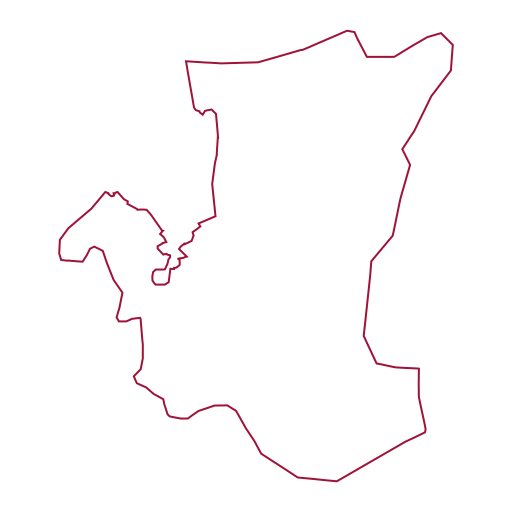 Sanhan wa Bani Bahlul, Sana'a, Yemen
{"feature_id": "15242507B89205574884990", "entity_name": "Sanhan wa Bani Bahlul", "entity_type": "district", "adm_level": 2, "iso_a3": "YEM", "parent_name": "Yemen", "parent_adm1": "Sana'a", "projection": "mercator", "projection_center": [44.289, 15.226], "detail": "fine", "context": "isolated", "style": "outline", "palette": "rose", "viewbox_px": 512, "rotation_deg": 0, "n_neighbors": 0, "source": "geoboundaries", "source_scale": "gbopen_adm2", "svg_char_len": 4392}
<svg xmlns="http://www.w3.org/2000/svg" viewBox="0 0 512 512"><path d="M424.6,109.9L431.4,96.0L434.6,91.9L439.3,85.7L450.9,70.5L451.0,69.0L452.0,55.4L452.8,44.9L441.2,33.3L441.0,33.1L440.1,33.4L427.4,37.1L419.3,41.8L413.7,45.0L402.2,52.0L394.7,56.6L394.2,56.8L393.9,56.8L389.7,56.9L385.1,56.9L382.4,56.9L373.8,56.9L366.9,56.9L361.1,45.8L360.3,44.3L357.8,39.4L357.7,39.5L355.9,35.4L354.8,32.8L354.5,32.1L347.1,30.7L335.8,35.6L324.9,40.3L316.0,44.1L310.2,46.7L306.1,48.4L302.8,49.8L300.5,50.1L276.7,57.0L258.1,62.3L220.7,63.4L220.0,63.3L210.3,62.7L205.4,62.5L189.7,61.5L186.0,61.3L188.6,76.5L190.0,84.6L192.7,99.9L194.0,107.4L194.9,109.0L196.0,110.2L198.9,111.1L199.5,111.3L199.7,112.4L202.7,114.7L205.0,110.9L206.9,110.4L207.6,110.2L211.6,109.5L214.1,112.0L216.0,113.9L217.0,125.1L218.0,136.8L218.1,137.5L217.8,137.5L217.3,145.4L217.1,148.0L216.7,154.9L216.8,154.9L214.9,163.4L212.2,184.0L215.5,216.3L213.5,217.1L202.3,221.9L198.6,223.4L200.3,226.5L197.4,228.7L194.7,230.7L194.5,230.8L192.9,231.9L192.6,232.2L193.3,234.6L193.4,235.1L193.6,235.7L193.5,235.8L193.2,236.6L193.0,237.2L192.9,237.5L192.4,238.7L192.3,239.1L192.2,239.4L191.6,240.9L190.8,241.3L188.1,242.6L184.4,244.3L184.2,243.8L182.1,245.4L181.5,245.9L181.3,246.1L180.5,246.9L180.2,247.3L179.7,248.1L179.0,249.0L181.5,251.5L182.2,252.2L182.9,252.8L186.8,256.6L184.9,257.1L183.6,257.8L180.3,258.3L178.3,258.7L178.3,258.9L179.6,260.0L179.7,263.0L179.7,263.9L179.7,264.8L179.3,265.3L177.6,266.7L176.2,267.7L174.7,267.9L174.1,267.9L174.0,269.0L170.4,268.8L170.4,269.1L170.1,271.0L169.3,277.3L168.6,282.3L164.8,284.6L160.2,284.6L155.6,284.6L154.5,283.5L152.5,280.6L152.4,278.5L152.3,276.6L153.1,272.1L155.2,270.1L155.8,269.5L163.7,269.5L164.0,269.5L165.0,269.2L166.4,266.1L167.4,264.0L168.0,261.6L168.1,261.3L168.4,259.5L170.2,257.0L170.1,256.6L170.0,255.3L169.3,255.0L168.5,255.0L166.9,254.4L166.8,254.1L166.3,253.8L166.0,254.0L165.3,254.1L164.3,254.3L164.1,254.3L163.3,254.6L160.2,251.3L157.7,248.6L157.6,247.0L157.6,246.2L160.2,244.8L160.5,244.6L162.6,243.4L163.5,242.9L163.4,242.8L164.7,242.5L166.3,242.1L165.2,239.9L164.1,237.8L164.0,237.7L163.5,237.1L162.9,236.4L161.9,235.5L161.8,235.4L161.0,234.8L160.1,234.1L162.4,231.3L162.9,230.8L162.0,230.6L160.3,228.1L151.3,215.2L149.4,212.9L146.6,209.8L142.4,209.5L140.0,209.6L137.3,209.7L137.0,209.0L127.4,203.9L127.7,202.0L127.8,201.4L123.8,199.1L121.1,196.0L117.5,192.0L117.2,192.1L116.8,192.1L116.4,192.3L116.2,192.4L115.6,192.8L115.3,192.8L115.1,193.1L114.9,193.5L113.8,193.2L113.6,193.2L114.0,195.6L112.8,196.0L112.1,196.1L111.6,196.3L110.5,195.7L109.4,194.8L108.7,194.2L108.5,193.3L108.0,193.2L107.9,193.0L107.4,193.0L106.7,192.4L105.8,192.3L105.3,192.0L91.4,208.6L81.2,217.3L80.1,218.2L77.2,220.7L68.4,228.2L59.9,239.8L59.2,253.4L61.2,260.0L67.6,260.7L67.8,260.5L69.7,260.7L78.1,261.4L80.0,261.5L82.3,261.7L82.6,261.7L86.8,255.2L90.0,248.8L93.3,247.1L94.3,246.6L102.7,250.8L102.8,250.9L105.4,258.6L107.0,263.3L107.2,263.8L112.5,277.1L113.6,279.9L122.4,292.6L122.4,292.9L120.0,304.9L119.6,307.1L116.6,317.5L117.7,319.3L119.0,321.4L126.3,321.4L132.1,318.8L133.9,318.6L140.0,317.8L140.5,318.6L140.6,318.9L141.9,334.8L142.3,339.5L142.7,343.3L142.8,344.4L142.8,358.4L142.8,358.5L140.7,369.2L133.8,376.3L136.8,383.2L144.6,386.7L146.1,387.4L153.6,393.9L162.0,398.5L163.3,399.2L164.4,404.6L167.6,414.3L169.7,416.4L177.1,417.9L180.5,418.5L187.9,418.5L192.2,415.3L193.4,414.5L197.9,411.4L198.6,410.9L206.8,408.2L214.4,405.6L214.6,405.5L217.6,405.5L227.5,405.4L229.1,406.5L231.3,407.9L236.0,410.8L238.0,414.2L238.9,415.8L243.4,423.8L245.7,428.0L249.7,434.0L254.3,440.9L261.2,453.7L262.3,454.4L274.9,462.6L275.9,463.2L283.4,468.1L297.3,477.2L297.8,477.5L316.0,479.2L318.5,479.5L325.5,480.2L336.8,481.3L405.2,441.8L417.7,435.9L423.0,433.3L424.9,432.4L425.1,431.7L425.3,430.9L425.5,429.8L425.6,429.2L425.0,425.9L424.3,422.4L423.1,416.9L420.5,404.9L419.3,399.0L418.8,396.3L418.8,392.4L418.8,391.7L418.7,384.6L418.9,369.6L418.9,368.7L417.8,368.5L405.0,367.9L395.8,367.4L392.7,366.8L386.5,365.5L379.2,363.9L376.6,363.5L367.1,343.2L363.7,335.9L365.4,320.6L365.7,317.6L369.6,281.0L370.2,275.4L371.3,261.3L392.1,236.4L392.7,235.7L393.5,232.1L394.7,226.4L398.9,205.8L400.5,198.3L401.2,195.9L405.2,181.9L410.1,164.9L404.0,152.6L402.9,150.4L402.3,149.2L402.6,148.7L402.8,148.4L408.5,139.8L408.6,139.5L411.7,134.8L414.0,131.5L421.0,117.2L424.6,109.9Z" fill="none" stroke="#9f1239" stroke-width="2"/></svg>